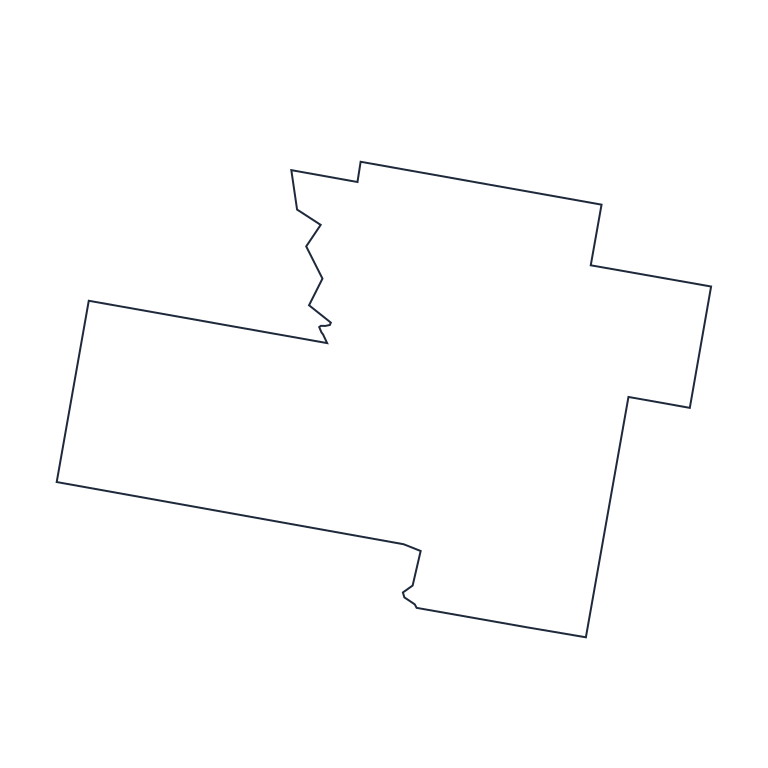 the district of Murray, Oklahoma, United States of America, rotated 10°
{"feature_id": "52423323B72511953258749", "entity_name": "Murray", "entity_type": "district", "adm_level": 2, "iso_a3": "USA", "parent_name": "United States of America", "parent_adm1": "Oklahoma", "projection": "mercator", "projection_center": [-97.077, 34.485], "detail": "fine", "context": "isolated", "style": "outline", "palette": "slate", "viewbox_px": 768, "rotation_deg": 10, "n_neighbors": 0, "source": "geoboundaries", "source_scale": "gbopen_adm2", "svg_char_len": 559}
<svg xmlns="http://www.w3.org/2000/svg" viewBox="0 0 768 768"><g transform="rotate(10 384 384)"><path d="M689.3,354.4L689.2,231.2L567.0,231.2L567.1,169.6L322.4,169.2L322.8,189.7L255.6,189.5L268.1,227.3L294.0,238.3L283.5,262.0L305.1,290.9L296.5,319.5L321.0,332.8L320.4,335.3L316.1,337.0L311.7,337.7L310.3,339.2L313.5,344.1L315.3,345.7L320.9,353.6L78.8,353.3L78.7,537.4L431.2,538.4L449.1,542.1L447.2,577.5L438.8,586.0L441.1,590.6L452.6,595.7L455.0,598.8L565.8,598.8L626.8,598.4L627.0,354.3L689.3,354.4Z" fill="none" stroke="#1e293b" stroke-width="2"/></g></svg>